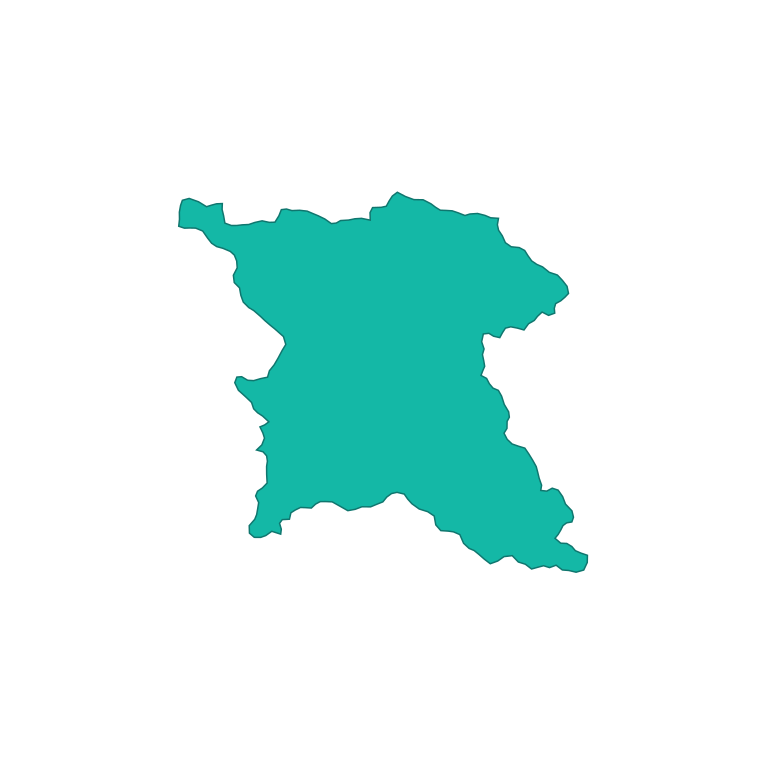 the district of São José do Jacuri, Minas Gerais, Brazil, rotated 309°
{"feature_id": "56859067B60051693205598", "entity_name": "São José do Jacuri", "entity_type": "district", "adm_level": 2, "iso_a3": "BRA", "parent_name": "Brazil", "parent_adm1": "Minas Gerais", "projection": "natural_earth1", "projection_center": [-42.674, -18.243], "detail": "fine", "context": "isolated", "style": "filled", "palette": "teal", "viewbox_px": 768, "rotation_deg": 309, "n_neighbors": 0, "source": "geoboundaries", "source_scale": "gbopen_adm2", "svg_char_len": 3387}
<svg xmlns="http://www.w3.org/2000/svg" viewBox="0 0 768 768"><g transform="rotate(309 384 384)"><path d="M305.8,520.4L310.1,526.5L312.8,531.0L314.7,537.7L310.3,546.1L309.8,553.6L311.3,558.8L311.3,565.1L311.0,572.2L311.2,579.7L318.0,583.8L325.4,585.9L331.3,591.7L330.2,600.4L332.9,607.3L333.1,615.1L338.7,619.1L343.2,622.4L345.5,628.2L351.5,631.8L351.7,639.6L355.4,645.0L358.6,651.7L365.1,656.3L373.2,654.3L378.9,649.9L376.5,643.4L374.9,637.6L375.9,632.3L375.1,626.4L371.5,621.5L371.7,614.0L376.7,614.0L381.6,613.3L386.6,612.2L391.0,613.3L395.0,616.8L399.7,615.1L403.7,609.9L404.9,600.6L408.9,593.7L411.1,586.1L408.9,580.3L403.2,577.9L399.9,572.8L404.5,570.2L408.4,563.9L412.3,558.8L415.6,554.3L418.3,547.6L420.8,540.5L422.8,533.8L420.3,527.7L418.0,521.3L418.5,514.6L421.3,508.2L426.9,507.5L432.4,503.2L437.1,502.3L440.8,498.4L443.8,490.3L448.6,483.0L451.0,476.9L449.4,471.3L450.5,465.7L452.9,460.2L451.7,454.0L456.2,452.5L461.1,451.1L464.9,446.8L468.8,442.0L474.2,439.7L478.3,433.3L485.4,429.7L489.4,433.6L490.1,439.1L492.9,444.8L498.3,443.8L503.8,443.2L508.2,446.5L511.4,452.5L514.1,458.8L521.8,458.4L528.0,460.8L533.2,460.7L539.4,461.6L540.9,468.7L546.5,472.1L550.0,468.7L554.5,466.8L559.9,469.0L565.4,470.0L570.5,470.4L575.1,464.8L576.8,457.5L577.8,450.2L574.8,442.1L574.8,433.6L573.1,427.4L572.6,421.3L574.3,415.1L576.3,409.3L575.1,403.2L570.7,396.5L570.2,389.4L573.6,382.7L575.6,376.3L579.1,371.9L584.8,368.7L580.3,362.3L578.6,356.4L575.4,349.4L570.2,343.8L565.9,340.9L563.7,333.9L561.5,328.0L558.0,323.1L554.5,318.4L553.8,312.9L553.6,307.1L551.8,298.5L546.1,291.2L543.2,282.7L541.4,273.7L535.4,272.2L529.5,272.8L523.6,273.9L519.6,270.7L513.9,264.1L508.4,265.3L502.7,270.2L498.6,262.3L494.1,257.4L489.1,253.3L483.7,247.4L479.0,245.6L475.5,242.1L475.0,234.2L473.3,226.9L471.5,220.8L470.0,215.5L465.9,209.1L460.8,203.3L458.6,198.1L454.9,194.5L448.5,196.5L441.1,197.4L437.4,193.1L434.1,186.6L428.2,181.9L422.8,178.5L418.6,173.8L414.6,169.9L411.1,165.6L408.9,159.1L413.8,153.5L417.8,148.3L422.5,144.8L418.6,140.4L414.3,137.3L410.1,134.5L408.9,125.2L405.6,115.8L399.9,111.7L394.8,113.5L388.8,116.8L383.3,121.4L377.4,125.2L379.5,130.8L382.8,134.6L386.6,139.5L388.8,146.8L386.3,155.4L384.9,161.5L385.5,167.5L388.1,173.5L390.3,181.1L390.0,186.6L386.9,192.1L381.9,196.8L373.7,198.5L368.6,203.8L367.8,211.2L362.8,217.0L359.1,223.1L358.3,230.8L359.1,236.6L358.8,245.7L358.3,251.5L358.1,258.2L358.1,264.1L357.6,276.0L352.9,282.8L346.2,283.7L337.5,285.4L329.7,286.6L322.2,286.6L316.0,289.2L310.5,284.7L304.6,280.6L301.1,275.7L300.1,268.8L296.8,265.3L291.1,267.2L287.5,274.8L287.0,284.3L286.3,292.7L282.7,298.3L282.1,303.9L282.7,309.9L282.1,318.3L277.1,317.0L272.6,314.6L269.7,320.7L266.7,325.2L259.8,327.4L252.5,326.5L255.2,332.7L254.3,338.0L250.6,342.0L246.1,344.6L239.9,349.7L233.5,355.5L226.6,354.9L221.1,353.2L216.2,354.7L213.0,361.2L207.8,364.2L202.4,367.2L197.5,368.7L189.1,368.4L183.4,373.3L183.2,379.7L187.2,384.7L191.8,387.5L198.9,389.5L202.3,398.2L206.5,395.6L210.0,390.5L214.6,390.3L219.4,395.6L225.3,392.7L230.4,394.4L235.5,396.8L238.5,400.8L241.9,405.6L247.6,406.4L252.4,408.4L255.8,412.5L259.8,417.9L261.2,426.0L262.8,435.6L268.5,440.5L274.7,444.1L280.1,450.9L286.0,454.1L291.7,457.3L297.9,457.3L303.6,458.8L308.0,462.3L311.2,469.0L309.5,474.8L308.5,481.0L309.0,490.0L312.3,498.4L313.0,506.1L307.1,512.9L305.8,520.4Z" fill="#14b8a6" stroke="#0f766e" stroke-width="1.5"/></g></svg>